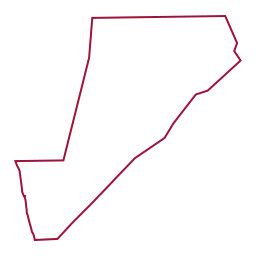 Benichab, Inchiri, Mauritania
{"feature_id": "47542326B98603827415339", "entity_name": "Benichab", "entity_type": "district", "adm_level": 2, "iso_a3": "MRT", "parent_name": "Mauritania", "parent_adm1": "Inchiri", "projection": "natural_earth1", "projection_center": [-15.686, 19.224], "detail": "fine", "context": "isolated", "style": "outline", "palette": "rose", "viewbox_px": 256, "rotation_deg": 0, "n_neighbors": 0, "source": "geoboundaries", "source_scale": "gbopen_adm2", "svg_char_len": 646}
<svg xmlns="http://www.w3.org/2000/svg" viewBox="0 0 256 256"><path d="M92.3,17.9L89.1,57.8L63.4,160.4L15.4,161.1L16.9,165.3L18.6,168.4L19.6,170.8L20.3,176.2L21.3,183.4L21.6,185.7L22.1,190.1L22.2,192.0L23.9,196.1L25.0,196.0L24.7,197.5L25.3,199.1L25.9,203.0L26.1,205.7L26.6,209.3L26.8,212.8L27.8,215.6L28.5,218.7L29.5,222.7L30.3,225.4L31.3,228.7L31.9,231.8L32.8,233.1L33.9,235.7L34.8,240.0L57.5,238.9L71.6,223.6L84.5,210.6L89.8,205.4L110.0,184.3L117.3,176.5L135.0,158.1L164.6,137.9L173.6,123.1L195.8,94.5L205.0,91.5L207.7,90.6L231.0,69.3L240.6,60.5L234.2,51.1L237.1,43.1L225.2,16.0L92.3,17.9Z" fill="none" stroke="#9f1239" stroke-width="2"/></svg>